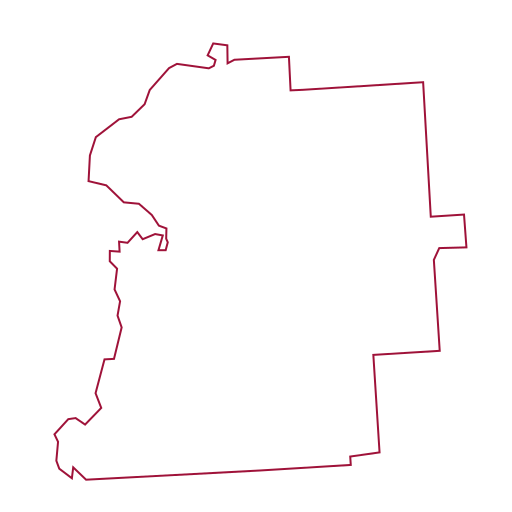 the district of Marengo, Alabama, United States of America, rotated 357°
{"feature_id": "52423323B21011437681534", "entity_name": "Marengo", "entity_type": "district", "adm_level": 2, "iso_a3": "USA", "parent_name": "United States of America", "parent_adm1": "Alabama", "projection": "albers", "projection_center": [-87.905, 32.269], "detail": "fine", "context": "isolated", "style": "outline", "palette": "rose", "viewbox_px": 512, "rotation_deg": 357, "n_neighbors": 0, "source": "geoboundaries", "source_scale": "gbopen_adm2", "svg_char_len": 986}
<svg xmlns="http://www.w3.org/2000/svg" viewBox="0 0 512 512"><g transform="rotate(357 256 256)"><path d="M74.6,470.5L249.8,470.4L339.7,469.6L339.6,461.2L369.1,458.6L368.0,360.9L434.5,360.3L433.4,269.2L439.4,257.7L466.6,258.4L465.9,225.5L432.6,225.9L432.0,91.2L311.1,92.5L299.2,92.4L299.3,58.8L244.7,58.9L237.7,62.1L238.4,44.1L224.4,41.5L218.2,53.1L225.9,58.1L223.9,63.8L218.7,66.1L187.1,60.0L179.0,63.8L158.6,84.6L152.7,98.6L139.1,110.5L126.4,112.3L102.3,128.9L95.4,146.9L92.7,172.5L110.2,177.6L126.8,195.5L141.8,197.7L154.1,209.6L160.6,220.6L168.0,223.8L167.2,234.0L168.6,237.7L166.1,245.5L158.9,245.1L164.0,230.6L156.4,228.8L143.7,233.3L138.7,225.9L128.4,236.1L120.0,234.5L120.0,244.5L110.3,243.3L109.7,253.6L116.6,261.4L113.0,282.0L117.9,294.1L114.6,308.3L118.1,320.3L108.8,351.3L99.3,351.3L88.6,384.6L93.5,399.6L76.5,415.4L67.3,408.4L60.0,409.1L45.4,423.5L48.6,431.2L45.9,450.0L48.4,458.1L60.5,468.3L62.4,457.5L74.6,470.5Z" fill="none" stroke="#9f1239" stroke-width="2"/></g></svg>